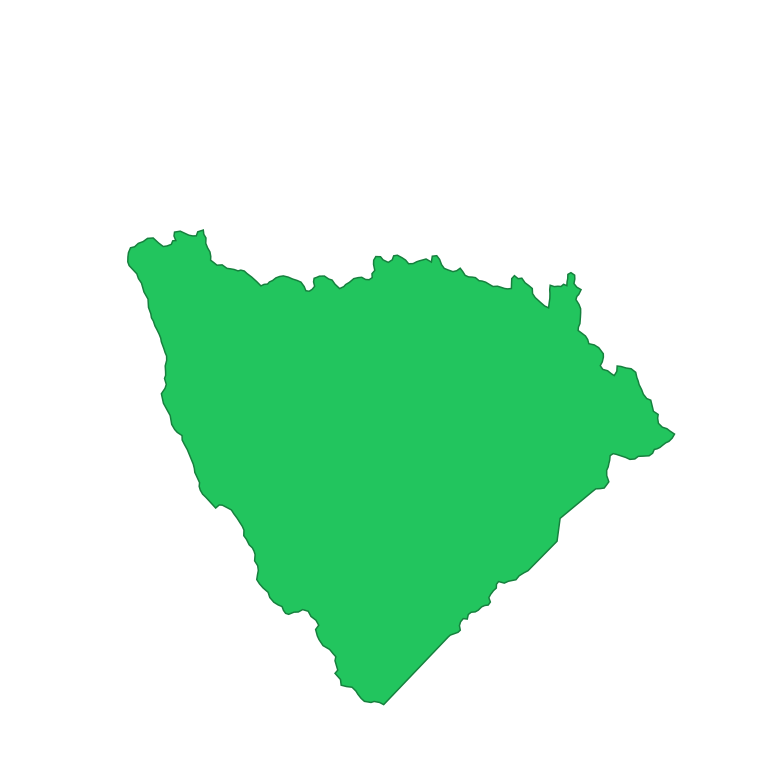 the district of Itanhém, Bahia, Brazil, rotated 324°
{"feature_id": "56859067B26534963171540", "entity_name": "Itanhém", "entity_type": "district", "adm_level": 2, "iso_a3": "BRA", "parent_name": "Brazil", "parent_adm1": "Bahia", "projection": "equal_earth", "projection_center": [-40.347, -17.08], "detail": "fine", "context": "isolated", "style": "filled", "palette": "green", "viewbox_px": 768, "rotation_deg": 324, "n_neighbors": 0, "source": "geoboundaries", "source_scale": "gbopen_adm2", "svg_char_len": 4551}
<svg xmlns="http://www.w3.org/2000/svg" viewBox="0 0 768 768"><g transform="rotate(324 384 384)"><path d="M303.8,138.0L301.1,140.8L299.9,145.6L297.3,144.0L294.0,146.0L289.6,144.8L286.2,143.0L284.5,137.4L283.1,130.2L278.3,127.2L272.8,127.2L267.9,125.8L262.9,126.4L259.0,124.8L254.4,127.6L251.6,130.6L248.5,134.6L247.4,138.4L248.8,149.6L247.3,154.4L247.1,159.8L243.9,168.5L243.0,176.6L238.5,183.6L236.6,190.2L234.8,193.7L234.4,197.5L232.8,202.5L232.3,206.3L231.4,211.5L230.3,215.7L228.7,218.9L226.7,226.0L225.4,229.9L224.6,233.5L222.1,237.1L217.6,240.8L214.5,245.7L212.4,248.7L209.7,250.5L207.6,256.4L204.3,258.8L198.2,261.0L194.2,270.0L192.5,283.8L188.5,291.9L187.9,297.8L188.3,301.6L190.3,307.0L187.8,310.7L187.0,315.7L186.3,321.5L182.6,336.7L180.9,340.9L179.0,344.3L178.1,349.0L176.8,355.4L174.3,358.2L173.0,361.8L172.5,366.5L173.3,371.0L174.9,385.4L179.6,385.0L182.0,387.0L184.8,392.6L186.5,396.2L186.2,400.9L186.3,405.9L185.7,415.9L184.8,419.9L181.4,424.3L181.4,428.9L180.4,434.9L181.2,439.1L180.6,442.9L179.4,446.3L175.4,451.0L175.0,456.8L172.7,461.0L169.7,463.8L166.1,467.4L165.8,472.4L166.3,478.0L167.8,484.4L166.1,489.6L166.6,495.9L168.5,500.5L170.7,504.1L169.6,508.1L169.6,511.7L171.5,514.3L177.1,515.7L180.7,518.1L185.6,518.7L189.1,523.3L188.3,529.1L190.1,535.1L189.4,540.8L184.4,542.4L182.0,548.6L181.2,552.6L180.9,559.8L184.0,566.8L184.3,572.2L184.7,576.3L181.7,579.1L178.4,588.3L174.3,589.3L175.1,597.5L172.3,602.5L175.8,606.7L179.9,610.5L180.8,615.9L180.5,619.7L180.7,625.0L181.6,629.2L186.3,634.0L189.4,635.0L193.2,639.0L195.3,643.2L287.2,626.4L290.0,626.1L294.1,627.3L297.9,628.4L301.0,628.0L303.0,623.8L306.2,621.4L310.2,620.4L313.2,623.1L316.7,620.0L320.4,619.9L323.9,622.0L327.3,622.4L332.0,621.7L335.3,622.4L338.4,624.1L341.9,622.9L343.2,618.5L346.5,616.9L351.2,615.5L354.9,615.1L357.3,612.1L360.6,611.2L364.3,615.8L368.7,616.7L372.2,618.3L375.7,619.9L380.6,618.6L386.3,619.0L390.7,619.7L431.6,612.9L447.5,596.2L489.1,593.5L493.7,593.3L497.4,595.7L501.0,597.6L504.7,596.5L508.4,595.3L510.3,589.1L513.4,584.7L516.7,582.8L519.3,580.4L521.6,578.5L524.8,574.9L528.4,575.0L530.5,577.3L533.5,581.5L536.4,585.5L538.6,589.5L542.9,592.1L547.2,592.0L551.6,594.9L556.3,597.9L560.6,597.9L564.2,595.8L566.7,596.9L569.9,597.5L573.6,597.3L577.4,597.2L580.8,597.9L585.3,597.2L589.6,595.3L587.7,590.1L586.6,586.4L583.8,582.6L582.9,577.1L585.3,572.5L587.9,569.8L585.9,564.4L587.3,561.2L588.7,557.8L590.3,553.9L588.0,550.2L587.8,544.7L589.1,540.1L590.0,534.5L591.4,530.9L592.4,527.3L594.5,522.5L592.9,516.9L589.3,513.4L586.0,509.1L583.2,506.5L579.8,510.6L575.2,512.5L573.9,509.2L572.7,504.7L569.6,500.8L569.7,496.3L573.6,494.4L577.3,491.2L579.2,488.4L579.1,481.0L577.1,476.0L573.4,471.8L574.9,467.8L575.2,463.6L573.9,459.2L572.5,454.8L574.8,452.2L578.0,450.3L582.0,445.6L585.0,441.9L587.3,438.7L588.5,434.3L588.9,428.5L591.5,426.5L594.2,426.0L598.9,423.5L596.9,419.0L596.7,414.4L600.1,411.2L602.2,408.0L600.7,403.8L597.2,403.4L594.6,406.7L592.2,408.9L589.7,411.9L587.9,408.9L584.6,409.2L582.1,407.1L579.0,405.3L576.5,401.8L573.5,405.1L571.4,408.4L568.6,412.1L565.0,415.8L561.9,419.1L559.8,415.3L558.4,409.2L557.1,402.9L557.3,398.2L560.1,393.9L558.9,389.2L557.6,385.0L557.7,379.4L554.4,377.6L553.2,373.0L549.3,373.8L546.3,377.6L543.2,381.6L540.0,379.8L537.7,377.6L535.7,374.8L533.3,371.6L529.5,369.2L527.8,365.4L526.1,361.4L523.9,358.4L521.6,356.3L520.5,351.7L518.1,349.3L515.4,347.1L513.5,343.8L513.8,339.3L513.7,335.1L509.4,335.1L505.8,333.6L502.8,329.3L500.7,325.9L500.7,321.3L502.2,315.9L502.1,311.2L498.2,309.0L494.0,313.2L491.5,307.6L488.0,306.3L485.1,305.2L482.3,304.3L478.3,303.7L474.6,301.2L474.3,296.4L472.8,292.4L470.5,287.7L467.2,286.0L463.6,288.4L458.9,288.1L456.2,283.0L456.0,279.0L452.3,276.1L448.4,277.8L445.9,281.0L443.3,286.7L439.1,287.7L437.0,291.0L433.3,290.9L430.5,288.6L428.7,284.6L425.7,282.8L421.5,281.0L415.7,281.4L411.4,281.0L408.8,281.6L404.2,280.7L403.0,274.4L403.1,269.4L401.0,266.6L399.2,261.6L395.1,258.8L392.3,258.2L389.6,257.4L387.0,260.0L385.3,264.2L381.5,265.2L378.0,265.0L375.6,262.6L376.7,258.2L376.7,252.8L374.6,249.2L371.8,245.4L369.4,241.3L366.1,237.4L362.8,235.7L358.9,234.6L354.7,234.8L351.3,234.1L348.5,234.7L345.5,232.9L342.1,232.3L341.2,226.3L339.8,219.7L338.1,214.1L337.4,210.5L335.1,207.7L332.4,206.7L330.1,203.3L327.6,200.7L324.9,198.1L323.1,192.5L318.7,189.7L317.6,185.5L316.5,181.9L318.8,179.0L320.8,174.9L321.3,170.2L322.5,165.4L325.8,161.2L326.2,157.0L328.3,153.2L322.8,151.4L319.2,153.8L316.3,151.8L313.6,148.9L309.0,140.6L303.8,138.0Z" fill="#22c55e" stroke="#15803d" stroke-width="1.5"/></g></svg>